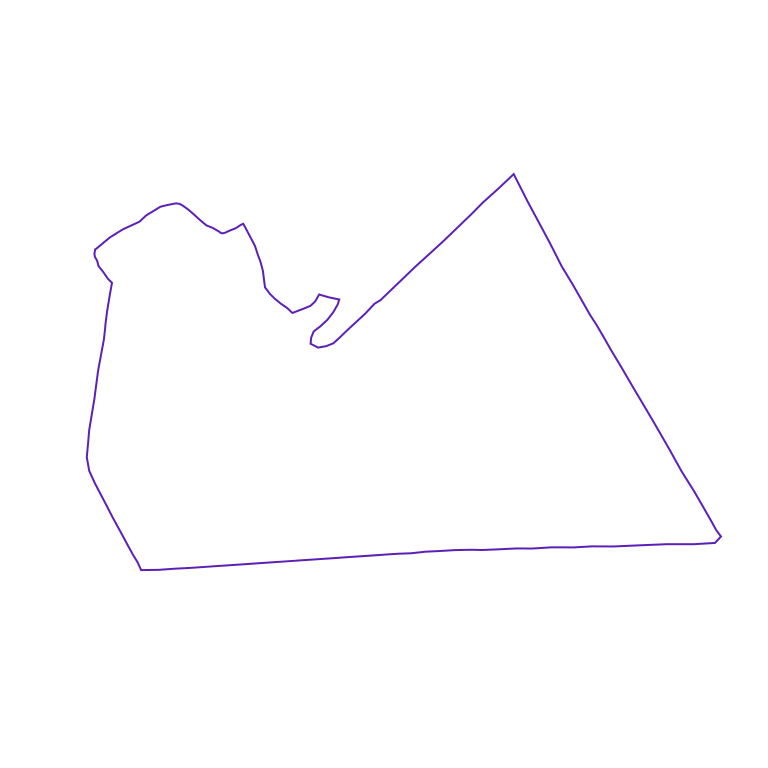 Kerbela, Karbala', Iraq (Natural Earth projection), rotated 260°
{"feature_id": "34846034B5988963618925", "entity_name": "Kerbela", "entity_type": "district", "adm_level": 2, "iso_a3": "IRQ", "parent_name": "Iraq", "parent_adm1": "Karbala'", "projection": "natural_earth1", "projection_center": [44.024, 32.498], "detail": "fine", "context": "isolated", "style": "outline", "palette": "violet", "viewbox_px": 768, "rotation_deg": 260, "n_neighbors": 0, "source": "geoboundaries", "source_scale": "gbopen_adm2", "svg_char_len": 1835}
<svg xmlns="http://www.w3.org/2000/svg" viewBox="0 0 768 768"><g transform="rotate(260 384 384)"><path d="M170.0,682.3L175.3,689.4L182.2,685.9L194.1,681.8L223.9,671.0L246.3,661.9L270.7,653.5L301.5,642.3L335.4,629.5L359.2,620.7L378.5,613.3L393.7,607.9L405.9,603.3L415.8,599.1L449.3,587.1L468.6,579.6L472.4,578.4L479.5,576.3L495.7,571.3L539.8,556.8L568.2,548.2L556.8,530.9L545.7,513.1L535.9,499.3L513.8,466.4L494.0,435.1L467.2,395.1L464.7,388.6L456.7,377.9L449.6,366.9L446.6,362.2L443.5,357.4L437.1,347.9L432.9,341.2L431.3,333.7L431.3,325.4L436.4,318.7L442.2,320.3L448.0,323.9L451.9,331.4L457.0,339.3L463.4,346.4L470.5,352.3L475.0,354.6L478.9,344.8L483.4,335.7L477.3,330.6L473.7,325.1L472.1,317.6L470.0,306.8L469.9,306.1L475.7,301.8L481.1,296.3L487.2,291.1L492.7,287.2L499.8,283.6L508.8,284.0L516.2,284.4L525.5,283.6L533.9,282.1L542.5,280.9L551.2,278.1L562.1,274.6L566.2,273.2L565.6,270.7L563.2,265.1L561.5,257.1L560.6,254.0L560.4,251.3L560.9,249.7L562.4,248.4L567.8,242.0L571.0,236.7L577.9,230.9L584.2,226.1L590.0,221.3L594.8,216.6L596.9,213.9L598.0,210.5L598.0,207.8L597.8,200.1L597.4,194.6L591.3,179.0L586.3,171.4L581.6,153.5L575.9,139.4L567.0,123.8L566.7,122.9L562.4,121.4L559.4,121.4L555.1,122.9L549.8,123.3L542.8,127.1L535.5,130.4L530.9,133.7L527.1,132.3L520.6,129.9L503.3,123.8L491.0,120.0L487.4,119.1L476.3,115.8L446.9,104.8L429.2,99.2L419.3,96.1L389.9,85.7L375.6,81.9L363.6,78.6L356.9,78.6L349.8,78.6L336.9,81.9L314.6,89.0L300.4,93.4L282.6,99.4L269.6,103.7L259.8,107.0L251.4,110.3L242.9,112.5L240.1,129.9L238.4,146.2L236.7,159.9L215.2,361.2L214.3,369.1L212.6,381.2L211.8,393.3L211.7,395.4L210.0,408.6L208.2,424.3L205.7,440.6L203.5,451.7L201.3,468.0L199.2,484.8L196.2,501.7L194.0,521.1L190.1,542.7L188.0,560.6L184.1,582.1L181.0,605.8L177.2,634.2L172.4,661.6L170.0,682.3Z" fill="none" stroke="#5b21b6" stroke-width="2"/></g></svg>